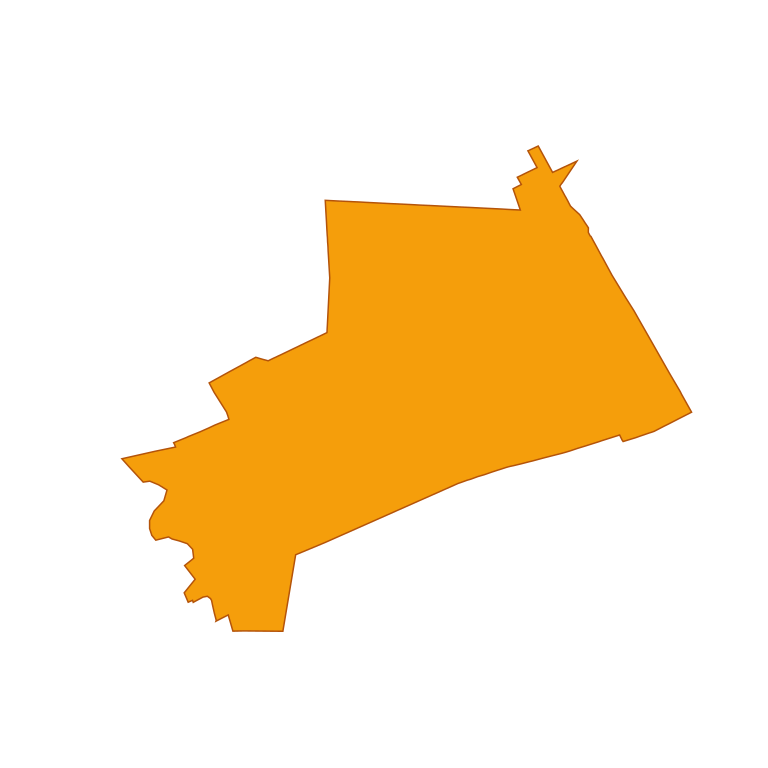 San Raymundo Jalpan, Oaxaca, Mexico, rotated 58°
{"feature_id": "50627088B22735583754735", "entity_name": "San Raymundo Jalpan", "entity_type": "district", "adm_level": 2, "iso_a3": "MEX", "parent_name": "Mexico", "parent_adm1": "Oaxaca", "projection": "equal_earth", "projection_center": [-96.757, 16.981], "detail": "fine", "context": "isolated", "style": "filled", "palette": "amber", "viewbox_px": 768, "rotation_deg": 58, "n_neighbors": 0, "source": "geoboundaries", "source_scale": "gbopen_adm2", "svg_char_len": 3050}
<svg xmlns="http://www.w3.org/2000/svg" viewBox="0 0 768 768"><g transform="rotate(58 384 384)"><path d="M308.5,645.9L319.4,644.0L339.6,640.2L342.3,634.1L350.0,628.6L358.9,624.2L366.4,632.6L369.9,646.1L375.5,655.1L382.4,659.4L389.3,661.1L395.5,660.3L399.5,647.8L403.1,645.9L408.7,640.7L415.2,635.4L422.8,633.9L430.9,637.7L432.3,649.3L449.5,647.6L455.2,664.1L465.3,665.7L466.0,661.0L468.1,661.5L468.2,659.3L468.8,650.4L470.4,646.3L473.6,645.0L474.0,644.8L475.0,644.9L476.1,644.9L476.7,645.1L478.8,645.9L480.4,646.5L488.7,649.4L495.5,651.5L496.1,652.2L496.5,647.7L496.7,645.2L497.3,638.5L504.8,640.6L513.5,643.1L519.0,633.9L540.1,600.8L528.8,590.8L482.0,549.4L487.2,517.9L507.6,373.8L508.2,371.3L509.7,364.3L510.7,360.9L512.2,353.6L514.1,346.9L515.8,339.4L517.4,332.9L518.2,329.9L519.4,325.0L520.1,322.5L520.8,320.4L521.9,317.4L524.5,309.6L526.8,302.3L528.0,298.7L529.0,295.4L531.4,287.5L534.1,279.0L536.8,270.6L538.0,266.6L539.4,261.4L540.3,257.6L541.2,253.8L543.3,246.0L545.4,237.8L546.1,235.1L546.8,232.4L547.4,229.7L549.7,220.7L551.7,212.9L552.1,211.2L557.7,211.8L559.5,211.7L562.9,199.0L563.9,194.4L564.9,190.2L565.3,188.4L566.0,185.4L566.8,182.3L567.3,180.0L567.8,173.9L568.2,168.9L568.7,163.9L569.6,153.1L570.9,138.1L550.3,137.1L547.6,136.8L525.5,136.2L490.3,134.7L463.4,133.6L454.4,133.2L439.1,133.3L412.4,133.0L407.8,132.7L393.6,131.8L390.5,131.7L378.5,130.9L373.1,130.6L368.5,130.3L367.7,130.7L363.8,130.4L361.7,129.1L359.9,127.9L355.8,128.0L353.8,128.1L350.6,128.1L344.1,128.3L342.9,128.6L341.6,129.0L333.2,131.3L332.6,131.4L332.1,131.6L330.7,131.5L327.9,131.3L327.1,131.2L325.7,131.1L324.0,131.0L322.6,130.9L319.6,130.8L318.6,130.7L316.3,130.6L315.6,130.5L315.2,130.5L311.6,130.3L309.4,130.1L308.0,126.9L308.0,126.5L297.2,102.3L293.9,128.9L263.9,127.1L262.5,138.4L281.6,139.5L279.3,161.4L287.6,161.8L286.8,171.1L308.7,176.2L306.2,179.8L302.1,185.7L298.4,190.9L294.0,197.2L288.1,205.7L279.5,218.0L273.6,226.6L272.6,228.0L262.6,242.4L257.5,249.7L251.6,258.3L246.3,265.8L237.9,277.9L236.6,279.8L233.7,284.0L221.9,300.9L220.3,303.2L216.4,308.7L213.6,312.8L210.8,316.8L204.6,325.8L197.1,336.5L208.4,342.7L215.0,346.3L217.7,347.8L221.3,349.8L227.9,353.4L229.5,354.2L231.3,355.2L233.7,356.6L235.5,357.5L237.4,358.5L239.0,359.4L241.6,360.9L245.5,363.0L265.3,373.8L304.3,401.0L307.4,403.2L309.2,404.4L310.2,405.2L309.1,415.1L308.6,419.7L308.3,422.4L307.8,426.5L307.4,430.1L307.3,431.4L307.0,433.6L306.6,437.7L306.2,441.0L305.8,444.7L305.5,447.5L305.3,449.2L304.4,457.3L304.2,458.7L303.9,461.6L303.6,463.7L303.2,467.4L303.0,469.4L302.9,470.0L302.2,470.6L298.9,473.7L296.0,476.3L294.6,477.5L293.4,478.6L293.1,483.5L293.0,484.9L292.9,486.8L292.8,489.7L292.6,492.8L292.2,499.7L292.0,502.9L291.6,509.5L291.5,511.8L291.3,515.3L291.2,517.4L290.8,524.7L290.4,531.7L301.0,532.5L324.2,532.4L327.9,533.2L330.5,533.9L331.8,534.3L331.4,536.7L330.4,542.3L329.2,549.2L328.4,556.0L327.1,565.2L324.9,577.7L324.6,580.2L322.3,593.5L323.9,593.6L325.1,593.8L326.1,594.0L327.0,594.2L319.7,613.9L308.5,645.9Z" fill="#f59e0b" stroke="#b45309" stroke-width="1.5"/></g></svg>